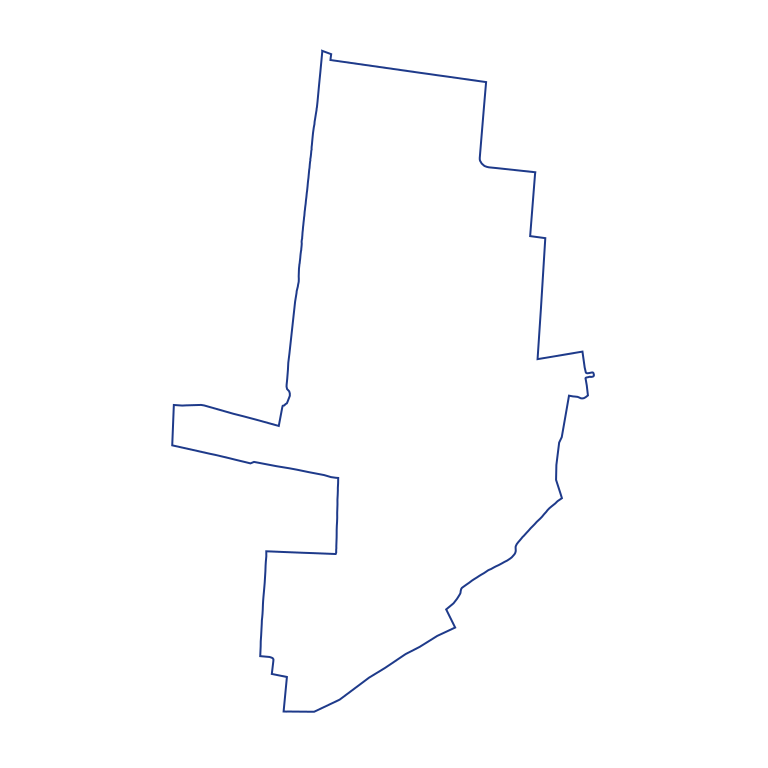 Orlea, Romania (Mercator projection), rotated 2°
{"feature_id": "2599482B39990554415713", "entity_name": "Orlea", "entity_type": "district", "adm_level": 2, "iso_a3": "ROU", "parent_name": "Romania", "parent_adm1": "", "projection": "mercator", "projection_center": [24.363, 43.754], "detail": "fine", "context": "isolated", "style": "outline", "palette": "blue", "viewbox_px": 768, "rotation_deg": 2, "n_neighbors": 0, "source": "geoboundaries", "source_scale": "gbopen_adm2", "svg_char_len": 4180}
<svg xmlns="http://www.w3.org/2000/svg" viewBox="0 0 768 768"><g transform="rotate(2 384 384)"><path d="M475.5,78.7L470.6,78.2L435.9,74.5L426.9,73.6L418.7,72.7L408.9,71.7L319.2,62.1L319.3,60.3L319.7,56.2L312.7,53.9L310.6,53.2L310.7,54.0L310.6,55.9L309.5,74.4L308.7,86.9L307.7,104.2L307.3,109.8L307.1,110.8L307.0,112.7L306.5,116.4L305.9,121.3L305.5,124.3L305.4,126.8L304.9,129.9L304.3,135.6L304.0,140.3L303.7,145.3L303.6,147.4L303.4,149.6L303.4,151.4L303.5,152.1L303.2,153.5L303.1,155.9L302.9,158.7L302.7,160.6L302.5,161.8L302.6,163.3L302.4,164.2L302.2,166.8L302.0,170.8L301.8,172.2L301.5,177.1L301.3,180.7L301.1,182.8L300.9,185.4L300.7,189.2L300.4,193.6L300.2,195.4L300.0,198.3L299.9,200.0L299.6,203.2L299.4,206.7L299.1,209.7L298.9,212.6L298.7,214.4L298.6,216.7L298.5,218.8L298.3,220.3L298.2,222.4L298.0,224.8L297.8,227.9L297.6,230.4L297.5,232.9L297.3,235.2L297.2,238.6L297.1,240.1L297.1,241.6L296.9,242.3L296.8,243.2L296.7,244.5L296.7,245.0L296.8,245.6L296.9,246.8L296.8,249.0L296.7,250.6L296.6,251.9L296.6,253.1L296.4,253.9L296.3,255.1L296.1,257.2L296.0,258.8L295.9,260.9L295.8,262.3L295.6,264.4L295.5,266.2L295.3,267.3L295.2,269.0L295.0,271.7L295.0,274.3L295.0,276.4L295.0,279.3L295.2,282.0L295.2,284.7L295.0,286.0L294.8,287.1L294.6,288.3L294.5,289.5L293.5,294.2L293.4,296.1L292.3,304.7L288.4,357.1L287.6,366.1L287.5,373.0L287.1,382.0L286.9,385.3L286.7,388.1L286.7,390.0L287.3,392.4L289.5,394.6L290.2,396.7L290.3,399.1L288.4,404.6L287.6,406.7L286.2,407.6L285.1,408.9L284.0,409.1L283.5,409.4L283.1,411.2L280.3,429.6L257.4,424.1L244.7,421.2L234.5,419.0L205.0,411.7L201.9,411.3L186.4,412.3L183.2,412.6L174.7,412.3L174.5,452.7L212.4,459.8L217.7,460.7L232.7,463.7L237.8,464.8L242.2,465.7L248.6,467.0L253.3,468.0L256.8,466.4L261.4,467.1L269.1,468.3L279.5,469.9L292.8,471.6L300.1,472.7L311.8,474.7L327.3,477.1L334.3,478.9L339.1,479.4L341.5,479.5L341.6,484.7L341.5,489.6L341.6,492.0L341.6,496.6L341.5,501.1L341.7,506.1L341.7,510.4L341.7,514.2L341.9,519.1L341.9,523.4L341.8,527.2L341.8,531.7L341.9,534.7L342.0,539.0L342.0,544.1L342.0,547.8L342.1,549.8L342.0,551.1L342.1,554.2L341.6,555.6L319.1,555.5L309.3,555.5L288.7,555.4L275.1,555.3L272.2,555.3L272.4,560.3L272.1,565.7L272.0,569.7L272.0,575.2L271.7,586.8L271.5,590.9L271.3,594.8L271.0,600.1L270.8,604.4L270.7,608.3L270.7,613.8L270.6,618.0L270.4,621.9L270.2,624.3L270.2,628.2L270.1,633.6L270.0,639.4L269.8,645.5L269.9,650.7L269.8,660.3L279.1,660.8L280.9,661.3L282.2,661.8L283.1,663.0L283.1,664.6L282.0,677.7L297.2,680.2L295.1,714.8L298.0,714.8L298.9,714.7L325.6,714.0L350.7,701.0L379.3,678.0L395.1,667.6L414.4,653.6L415.8,652.7L416.6,652.3L416.9,652.1L427.7,646.1L429.1,645.3L429.8,644.8L431.0,644.0L446.0,633.9L463.6,624.9L454.0,607.1L461.1,600.8L464.5,596.1L466.3,593.0L467.3,591.2L467.7,590.2L467.9,588.0L468.3,586.2L469.0,585.0L470.8,583.6L473.4,581.6L476.1,579.6L478.9,577.3L480.9,575.9L483.6,574.1L485.7,572.6L487.8,571.2L490.4,569.6L492.5,568.1L494.5,566.6L495.8,565.9L497.4,565.2L500.0,563.6L502.1,562.4L504.9,561.0L508.0,559.2L510.6,557.6L513.2,556.2L516.0,554.2L517.7,552.8L519.2,551.0L520.4,549.5L521.1,548.1L521.5,546.3L521.4,544.9L521.2,542.3L521.4,541.4L522.2,539.5L523.6,537.5L525.3,535.4L527.0,533.2L527.8,532.1L528.4,531.5L528.9,531.0L531.5,527.9L533.5,525.6L535.6,523.0L537.4,521.1L539.5,518.8L541.5,516.4L544.7,513.2L546.6,511.1L548.4,508.7L550.6,506.1L551.8,504.4L553.6,502.4L555.7,500.5L559.2,497.5L559.8,496.9L560.7,495.9L561.6,495.0L565.8,491.9L564.3,487.6L559.3,473.8L559.1,458.9L560.1,447.6L561.1,436.4L563.5,430.9L567.2,404.4L569.3,389.2L573.3,389.8L575.5,389.9L577.9,390.1L579.6,390.7L581.2,391.4L582.6,391.5L584.2,391.2L585.9,390.2L588.2,388.3L586.7,378.4L585.6,373.1L585.2,371.4L585.4,370.8L586.0,370.5L586.6,370.3L587.6,370.1L589.6,369.5L590.2,369.7L590.9,369.7L592.2,369.4L592.9,369.1L593.3,368.6L593.5,367.7L593.2,366.6L592.8,365.6L592.2,365.2L591.5,365.2L588.6,365.9L586.9,366.2L585.9,366.0L585.3,365.4L584.0,360.6L581.2,344.7L536.6,353.8L538.2,303.3L540.1,232.6L524.9,231.1L527.6,169.4L527.8,167.1L489.2,164.3L481.3,163.8L479.2,163.4L476.8,162.6L475.2,161.3L473.9,160.2L473.1,158.9L472.2,157.5L471.9,156.4L471.8,154.8L474.2,104.6L475.5,78.7Z" fill="none" stroke="#1e3a8a" stroke-width="2"/></g></svg>